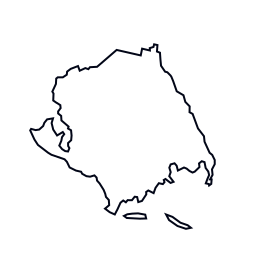 Terrebonne, Louisiana, United States of America, rotated 14°
{"feature_id": "52423323B18014802865122", "entity_name": "Terrebonne", "entity_type": "district", "adm_level": 2, "iso_a3": "USA", "parent_name": "United States of America", "parent_adm1": "Louisiana", "projection": "natural_earth1", "projection_center": [-90.835, 29.408], "detail": "fine", "context": "isolated", "style": "outline", "palette": "ink", "viewbox_px": 256, "rotation_deg": 14, "n_neighbors": 0, "source": "geoboundaries", "source_scale": "gbopen_adm2", "svg_char_len": 2204}
<svg xmlns="http://www.w3.org/2000/svg" viewBox="0 0 256 256"><g transform="rotate(14 128 128)"><path d="M220.6,164.1L222.3,162.1L221.6,157.7L220.1,158.0L221.4,153.0L219.5,147.8L220.9,142.1L219.9,138.1L216.2,133.7L213.2,132.3L205.6,122.8L203.7,117.6L196.0,111.5L187.3,98.7L183.9,97.8L182.6,92.1L177.3,88.8L173.9,82.8L166.4,80.6L160.5,71.6L157.7,67.8L156.6,66.8L152.7,64.4L150.4,64.4L145.0,59.6L142.9,53.7L140.8,47.2L137.6,46.8L136.5,40.4L133.1,40.5L133.1,43.2L129.8,45.2L130.5,47.5L122.5,47.6L122.8,54.5L98.1,55.0L83.2,76.1L76.4,78.2L75.3,80.5L72.1,80.2L67.3,84.1L64.5,80.0L58.1,84.5L55.3,88.0L55.7,91.1L52.5,94.6L47.6,95.8L46.4,97.4L47.4,102.7L45.8,111.0L47.4,112.6L48.8,119.4L52.7,120.9L53.0,120.9L56.8,122.2L57.8,125.0L57.3,126.2L56.2,128.8L56.7,130.8L60.2,132.4L61.6,136.8L70.0,141.0L69.9,143.0L73.3,144.0L75.1,149.0L75.8,153.6L73.5,157.1L74.3,160.0L76.0,161.7L75.5,165.3L72.6,165.6L69.1,164.4L65.6,161.7L66.4,156.5L66.2,152.8L67.6,149.4L65.7,147.7L61.0,152.4L55.8,147.6L52.7,141.7L52.9,136.8L47.4,139.2L45.6,143.1L45.2,146.6L42.2,151.0L38.8,152.4L34.2,152.3L33.7,154.0L40.0,161.8L44.7,166.2L56.4,171.3L60.2,172.5L74.0,173.7L76.9,175.6L80.9,180.4L87.8,181.9L93.1,181.8L94.6,183.5L99.3,184.8L103.0,184.4L106.9,182.1L109.5,183.7L110.7,186.5L113.9,188.7L119.3,193.9L121.8,197.3L123.3,200.2L126.8,202.5L128.4,207.4L126.9,209.5L125.2,211.8L130.6,214.1L136.1,215.1L136.9,211.7L137.4,209.8L138.8,202.3L140.9,199.5L143.9,200.6L145.1,198.1L149.3,197.1L151.1,193.1L151.6,193.0L153.6,192.8L155.9,197.4L159.2,195.4L161.8,188.0L161.1,185.7L162.8,183.7L168.6,185.0L169.2,179.3L171.3,174.1L175.4,174.0L176.5,171.7L175.3,169.8L176.7,168.4L182.6,171.0L185.2,169.2L179.7,164.8L180.1,160.5L177.7,156.5L178.2,153.0L181.7,151.0L184.3,152.8L186.7,157.2L191.9,152.8L194.7,153.2L198.0,154.8L201.4,155.6L203.3,154.2L206.8,148.6L205.5,145.2L207.6,142.4L210.5,142.6L213.0,148.0L216.4,150.8L218.1,154.0L217.4,158.1L216.9,162.9L220.0,162.8L220.6,164.1ZM185.9,202.7L190.1,207.4L199.7,211.1L208.6,211.8L213.2,209.6L209.4,207.9L201.8,207.2L192.7,203.5L185.9,202.7ZM148.2,211.9L145.4,214.3L148.6,215.6L161.5,213.1L167.5,211.4L165.7,207.9L158.4,208.4L152.8,210.1L148.2,211.9Z" fill="none" stroke="#020617" stroke-width="2"/></g></svg>